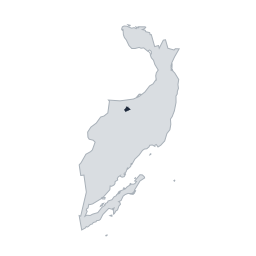 Victoria, Tamaulipas, Mexico shown in context, rotated 258°
{"feature_id": "50627088B11900040853895", "entity_name": "Victoria", "entity_type": "district", "adm_level": 2, "iso_a3": "MEX", "parent_name": "Mexico", "parent_adm1": "Tamaulipas", "projection": "albers", "projection_center": [-99.19, 23.69], "detail": "fine", "context": "in_parent", "style": "filled", "palette": "slate", "viewbox_px": 256, "rotation_deg": 258, "n_neighbors": 0, "source": "geoboundaries", "source_scale": "gbopen_adm2", "svg_char_len": 4514}
<svg xmlns="http://www.w3.org/2000/svg" viewBox="0 0 256 256"><g transform="rotate(258 128 128)"><path d="M37.9,61.5L52.5,62.0L51.6,63.4L73.9,73.9L91.1,75.1L91.4,71.9L102.1,72.6L103.8,74.9L111.1,81.4L112.7,86.6L114.0,88.6L121.0,92.9L123.3,91.4L125.1,87.7L127.3,86.9L132.4,87.7L136.6,91.9L139.4,98.0L144.4,103.5L144.7,107.0L146.9,111.4L158.0,115.4L159.4,114.7L156.2,125.9L155.2,139.3L155.8,142.1L158.8,146.0L158.2,148.0L158.3,145.9L155.8,142.7L156.6,145.7L159.7,152.0L164.7,157.9L165.9,161.6L169.4,165.3L168.4,165.2L170.4,166.1L169.8,165.6L173.4,166.0L176.1,167.2L178.4,169.6L184.5,167.5L189.0,167.0L191.9,165.4L195.1,165.0L195.7,165.5L195.6,166.3L198.1,166.7L199.8,165.4L199.3,163.5L198.4,164.0L198.6,163.6L203.1,160.0L203.3,157.3L204.5,155.7L204.3,151.4L205.0,148.2L208.4,146.1L214.6,144.6L217.2,143.3L220.2,142.9L225.3,143.6L225.6,142.8L224.3,142.9L226.0,142.3L228.1,143.5L228.6,145.4L227.8,148.0L224.9,152.2L224.9,154.9L223.4,156.6L223.8,157.2L225.2,156.8L223.8,158.6L223.9,159.3L224.9,159.0L223.4,165.7L222.9,166.3L221.7,164.9L221.3,162.5L220.0,165.1L218.5,165.4L216.8,169.0L214.6,169.1L214.5,170.2L202.1,171.0L202.3,175.0L199.5,175.1L206.6,180.8L206.5,183.0L197.7,183.6L194.7,189.3L195.7,190.7L194.8,194.5L188.0,188.4L182.7,184.4L179.5,182.8L179.1,183.3L182.1,184.6L177.5,183.5L177.8,182.5L176.6,182.9L175.8,182.0L175.0,183.0L176.6,183.5L174.3,183.8L172.0,185.2L164.9,187.7L160.2,185.9L156.3,185.6L153.6,183.9L151.0,183.2L149.3,181.6L143.0,180.3L135.1,176.9L130.0,173.6L127.9,171.4L122.6,170.6L117.6,168.6L114.5,164.9L107.7,161.2L104.3,156.4L103.2,153.4L106.0,152.2L105.6,150.9L104.4,150.5L106.3,148.3L106.6,145.7L105.2,144.7L103.8,142.1L104.0,139.7L103.1,137.5L99.3,133.3L96.1,128.2L91.0,123.7L92.5,124.6L92.6,123.7L89.8,122.6L87.9,119.2L89.4,119.4L85.4,116.9L84.9,115.7L83.3,116.0L83.1,115.5L84.3,114.3L82.3,115.2L81.2,114.1L81.1,112.0L82.6,110.1L83.1,110.5L82.3,108.5L81.0,107.1L79.3,107.1L78.3,104.3L76.2,103.6L75.1,102.3L74.4,99.9L75.0,98.5L71.4,97.4L65.6,89.5L65.3,87.7L64.4,87.0L61.1,77.5L61.0,74.6L61.5,73.8L58.1,72.3L57.5,70.7L56.4,70.1L55.0,70.8L50.6,67.5L51.3,69.4L50.3,72.8L51.1,75.6L51.5,80.9L55.9,86.1L57.2,89.3L57.9,89.2L58.2,90.2L58.9,90.4L59.4,92.5L60.7,93.2L61.2,97.5L63.5,99.9L64.2,102.4L65.3,103.2L65.9,106.1L66.9,106.9L66.5,104.8L67.8,106.1L69.0,112.7L70.5,114.7L72.4,119.6L71.9,121.5L72.2,123.3L74.0,125.2L74.8,123.5L79.8,130.0L79.1,132.3L76.9,133.8L75.7,133.9L73.7,128.7L65.8,121.3L65.0,121.3L63.4,119.0L63.2,117.6L64.0,114.4L63.5,111.4L62.4,109.1L58.5,106.1L57.9,103.5L57.1,104.5L55.0,104.8L53.6,102.9L50.0,100.7L49.6,99.2L47.0,96.7L46.8,95.9L49.7,96.7L51.4,96.2L51.3,96.9L52.7,97.8L52.3,96.0L51.7,95.8L53.4,92.5L48.6,85.4L44.4,82.0L43.7,80.5L43.9,78.1L42.9,77.2L42.8,74.4L41.5,73.1L41.5,71.4L39.8,68.6L39.6,67.4L40.3,66.7L39.1,65.5L37.9,61.5ZM65.3,89.5L64.7,91.2L63.3,90.5L64.0,88.0L64.9,87.8L65.3,89.5ZM59.4,88.6L57.5,86.6L57.1,84.7L58.1,85.4L58.2,86.5L59.3,86.9L59.4,88.6ZM228.0,151.5L227.5,151.0L227.7,150.2L229.0,149.4L228.0,151.5ZM63.3,121.1L62.0,119.2L63.2,115.8L62.6,118.9L63.3,121.1ZM46.1,94.2L45.0,93.9L46.0,92.1L46.3,93.5L46.1,94.2ZM27.8,85.8L27.0,84.4L27.2,83.9L27.6,84.0L27.8,85.8ZM64.6,121.3L65.4,122.7L63.6,121.2L64.6,121.3ZM98.1,144.5L97.9,145.0L97.4,144.8L97.2,143.8L98.1,144.5ZM73.0,118.4L73.3,119.5L72.4,118.1L73.0,118.4ZM69.9,111.0L70.4,111.5L69.5,112.5L69.9,111.0ZM67.3,162.8L66.9,162.9L66.3,162.4L66.9,161.9L67.3,162.8ZM197.2,164.9L196.2,165.2L198.0,164.5L197.2,164.9ZM77.7,124.9L77.2,124.7L77.2,123.7L77.7,124.9Z" fill="#d9dde1" stroke="#a8b0b8" stroke-width="1"/><path d="M145.3,130.0L145.5,130.0L145.8,130.2L145.8,130.3L145.7,130.3L145.5,130.5L145.6,130.8L145.6,131.0L145.8,131.0L145.7,131.2L145.7,131.3L145.9,131.3L146.0,131.4L145.9,131.4L145.9,131.5L145.7,131.5L145.8,131.5L145.8,131.8L145.8,132.0L145.9,132.4L146.0,132.4L146.0,132.5L146.0,132.8L146.1,132.7L146.1,132.8L146.2,132.7L146.2,132.8L146.3,132.8L146.5,132.8L146.4,132.8L146.5,132.9L146.6,133.0L146.8,133.0L146.6,132.9L146.7,132.7L146.8,132.7L146.9,132.4L147.0,132.4L147.0,132.2L147.3,132.0L147.3,131.8L147.5,131.8L147.4,131.7L147.6,131.5L147.8,131.4L148.0,131.2L147.9,131.2L148.0,131.1L148.0,130.9L148.0,131.0L147.9,131.0L147.9,130.9L147.8,130.7L147.7,130.7L147.5,130.4L147.4,130.3L147.3,130.2L147.2,130.1L147.1,129.9L146.9,129.8L146.9,129.7L146.7,129.5L146.7,129.4L146.5,129.2L146.4,129.0L146.4,128.9L146.2,128.9L146.1,129.0L145.9,129.0L145.7,129.2L145.7,129.3L145.6,129.5L145.4,129.5L145.2,129.5L145.3,129.7L145.3,129.9L145.3,130.0Z" fill="#64748b" stroke="#1e293b" stroke-width="1.5"/></g></svg>